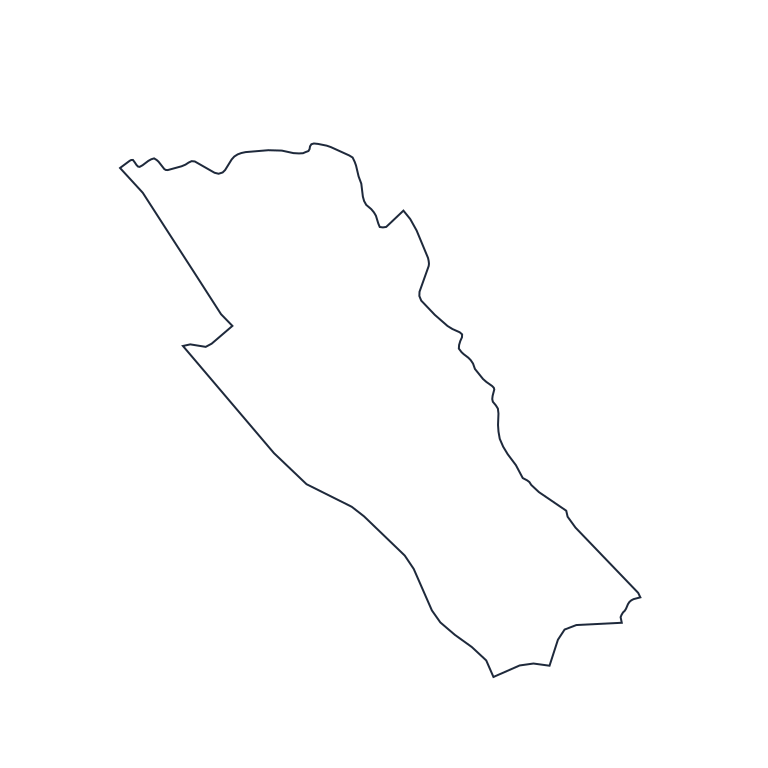 SVG path tracing the border of Lubombo, rotated 139°
{"feature_id": "SWZ-535", "entity_name": "Lubombo", "entity_type": "District", "adm_level": 1, "iso_a3": "SWZ", "parent_name": "eSwatini", "parent_adm1": "", "projection": "equal_earth", "projection_center": [31.73, -26.547], "detail": "fine", "context": "isolated", "style": "outline", "palette": "slate", "viewbox_px": 768, "rotation_deg": 139, "n_neighbors": 0, "source": "natural_earth", "source_scale": "10m", "svg_char_len": 1970}
<svg xmlns="http://www.w3.org/2000/svg" viewBox="0 0 768 768"><g transform="rotate(139 384 384)"><path d="M443.9,62.8L454.6,75.0L466.3,82.6L493.6,91.1L488.2,108.3L490.3,127.9L495.1,148.2L497.9,167.1L496.4,181.7L482.9,224.9L480.9,240.9L485.9,297.2L488.9,312.5L508.2,359.2L512.4,404.0L510.8,544.6L504.2,541.0L494.2,529.0L487.6,527.5L460.3,527.3L461.2,543.6L454.2,591.8L447.8,636.6L440.6,686.6L441.5,720.2L441.3,720.2L429.5,719.3L427.8,718.9L426.5,717.8L426.7,714.7L427.1,711.8L427.0,709.5L426.0,708.2L422.7,707.5L415.5,707.0L412.2,706.3L409.5,705.1L408.6,702.2L408.3,699.7L408.8,690.3L408.2,688.6L406.8,687.3L393.9,681.1L389.9,679.8L386.2,679.3L383.0,678.4L380.8,676.1L373.3,654.6L370.9,651.2L367.0,649.5L363.6,649.7L351.7,653.4L347.8,653.9L343.8,653.3L340.1,651.9L336.3,649.8L318.0,636.4L308.0,627.2L300.9,617.7L296.9,613.8L293.7,611.3L291.1,610.5L288.2,609.4L286.1,610.1L283.9,611.9L281.5,612.6L279.1,611.5L276.3,608.5L270.9,601.5L268.7,597.7L260.3,579.3L259.1,575.5L260.4,570.8L261.8,567.2L267.0,557.3L269.7,550.1L277.0,539.3L279.0,535.1L279.9,530.8L278.9,524.3L279.0,520.2L279.7,516.3L283.0,508.9L284.2,505.3L282.1,502.9L279.3,501.1L255.6,502.1L256.0,491.2L258.7,478.4L268.1,450.2L269.6,447.5L271.2,445.2L272.9,443.7L296.7,430.3L299.6,427.2L301.2,422.5L300.3,402.8L298.0,386.1L296.3,380.6L292.9,373.3L292.5,370.2L294.5,368.1L298.2,366.4L301.7,364.2L304.3,361.6L304.6,357.2L304.3,354.3L303.1,348.4L302.9,345.2L303.4,341.0L305.5,335.7L306.0,322.8L305.4,318.4L303.7,311.4L303.6,309.1L304.4,307.5L309.8,303.8L312.2,301.6L313.5,299.2L313.6,294.5L314.2,290.7L317.0,286.6L324.8,278.3L328.8,273.0L332.6,266.7L335.2,258.5L336.7,249.9L337.7,236.2L341.0,222.0L339.2,217.4L338.6,214.6L339.1,211.2L338.0,200.7L329.6,168.8L332.5,163.4L333.7,150.0L329.2,59.6L330.5,54.8L336.8,57.9L339.3,58.5L341.8,58.5L344.3,57.8L348.8,55.6L351.1,54.9L353.5,54.8L356.2,53.9L358.4,52.8L361.2,47.8L397.0,75.9L408.8,80.2L420.5,76.9L443.9,62.8Z" fill="none" stroke="#1e293b" stroke-width="2"/></g></svg>